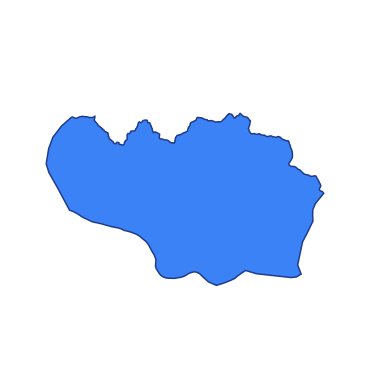 the district of Add, Houaphan, Laos, rotated 57°
{"feature_id": "54806243B77566454903685", "entity_name": "Add", "entity_type": "district", "adm_level": 2, "iso_a3": "LAO", "parent_name": "Laos", "parent_adm1": "Houaphan", "projection": "albers", "projection_center": [103.803, 20.731], "detail": "fine", "context": "isolated", "style": "filled", "palette": "blue", "viewbox_px": 384, "rotation_deg": 57, "n_neighbors": 0, "source": "geoboundaries", "source_scale": "gbopen_adm2", "svg_char_len": 5919}
<svg xmlns="http://www.w3.org/2000/svg" viewBox="0 0 384 384"><g transform="rotate(57 192 192)"><path d="M264.8,82.2L263.6,82.3L262.5,82.5L261.9,83.1L261.2,83.6L260.4,83.9L259.5,83.9L258.9,83.6L258.3,82.8L257.8,81.8L256.9,80.6L256.0,80.3L254.6,80.1L253.5,80.1L252.1,79.8L251.2,79.7L248.0,79.6L247.4,79.4L246.8,79.4L246.2,79.4L245.5,79.9L245.1,80.6L244.6,82.0L244.1,83.0L243.5,83.8L242.1,84.7L241.3,85.0L240.2,86.3L239.0,87.3L238.4,87.8L237.7,88.3L236.3,88.6L233.3,89.3L232.2,89.5L230.9,90.5L227.8,91.4L226.5,92.2L225.6,93.3L224.7,94.7L223.8,95.3L222.4,95.8L221.8,95.8L220.9,95.5L220.5,94.8L220.5,94.2L219.5,92.1L218.7,90.8L217.8,89.1L216.4,88.1L214.9,87.1L213.3,86.2L211.8,85.7L209.7,85.2L208.6,85.2L207.6,84.8L206.5,84.3L203.9,83.9L203.1,83.5L202.3,83.3L201.7,83.3L201.1,83.8L200.8,84.6L199.7,85.5L198.5,86.2L197.2,87.5L196.2,87.6L195.0,88.0L194.0,88.2L193.0,88.9L192.3,89.8L192.2,90.6L192.1,91.2L191.1,92.7L189.2,94.4L188.2,94.9L187.8,95.5L186.4,98.9L185.7,99.5L184.5,99.9L183.9,100.2L183.5,100.6L183.3,101.3L182.6,101.9L182.1,102.4L181.6,103.0L180.7,103.3L180.1,103.6L179.4,104.4L179.3,105.7L178.9,106.3L176.8,108.1L176.5,108.8L176.3,109.4L175.4,110.4L175.1,110.8L172.8,110.8L171.6,110.7L170.8,110.3L170.4,110.2L169.7,110.2L169.2,109.6L167.9,108.3L167.4,107.4L166.8,106.7L166.0,106.1L165.0,105.3L164.2,104.3L163.7,104.3L162.9,104.7L160.6,104.7L159.3,105.1L157.7,106.7L157.1,107.2L156.0,107.9L154.8,108.3L154.5,108.3L153.1,108.5L152.6,108.6L152.3,108.9L152.3,109.3L153.3,111.4L153.3,111.7L152.7,112.8L152.6,113.3L152.8,114.0L153.4,115.5L153.2,116.0L152.7,116.2L151.9,116.3L149.4,116.3L148.7,116.4L148.2,116.7L147.7,117.2L146.6,118.0L146.5,118.5L146.6,118.8L146.8,119.0L146.7,119.9L146.7,120.4L147.7,123.1L148.2,124.7L148.2,126.3L148.7,127.7L148.8,128.7L148.9,129.4L148.4,130.3L147.2,132.0L146.6,133.5L146.0,134.3L143.5,136.1L142.8,136.6L142.4,137.2L142.1,138.0L141.8,138.4L141.2,139.6L140.8,139.9L140.0,139.9L139.6,140.0L139.0,140.7L137.9,141.9L136.6,142.5L135.0,143.6L134.5,144.4L133.8,145.1L133.3,145.9L132.8,146.2L132.6,146.6L132.5,147.2L132.7,147.9L133.6,148.9L133.9,149.5L133.7,151.2L133.8,152.3L133.4,153.2L133.2,154.9L133.6,156.0L133.9,156.6L134.9,157.0L135.1,157.4L135.5,158.6L135.7,159.4L136.4,160.4L137.2,161.3L138.2,162.5L138.5,163.2L138.5,163.9L138.2,164.7L138.1,166.2L137.7,167.3L137.7,170.3L137.3,171.3L137.0,171.8L137.0,172.5L136.6,173.3L136.5,173.8L137.0,175.1L137.5,176.2L138.5,177.1L139.4,178.2L140.6,179.1L141.3,180.2L141.3,180.6L140.7,180.9L139.8,181.8L139.6,182.2L139.4,182.8L138.9,183.1L136.9,183.6L135.4,184.2L134.3,185.3L133.3,186.9L132.7,187.2L131.8,187.7L131.3,188.2L130.2,189.6L129.8,189.9L129.5,190.0L128.7,189.9L127.6,189.1L126.6,188.3L126.3,187.9L126.0,187.8L125.5,187.8L123.6,188.8L123.2,189.0L122.8,189.3L122.4,189.7L121.7,190.0L121.4,190.5L121.4,191.8L121.3,192.0L120.6,192.0L119.5,191.8L118.5,191.4L117.8,191.3L117.4,191.1L117.1,190.8L116.0,190.8L115.6,190.7L114.8,190.4L113.1,190.2L111.5,189.8L111.1,189.8L110.6,190.1L109.8,191.2L109.2,191.2L108.2,190.7L107.2,190.7L106.8,191.2L105.9,192.7L105.6,193.6L105.5,194.5L106.1,196.1L106.2,196.6L106.1,197.1L104.6,197.9L104.5,198.1L104.5,198.5L104.9,199.3L105.4,200.1L106.9,201.5L107.5,202.8L108.1,203.5L108.5,205.0L109.1,205.6L109.5,206.2L109.5,206.8L109.2,207.6L108.5,208.4L108.2,209.1L107.9,209.6L107.7,210.0L107.8,210.3L107.9,210.7L108.0,210.8L108.3,210.9L108.5,210.9L108.6,211.7L109.0,212.5L108.8,213.0L108.4,213.5L108.2,213.7L108.2,214.1L108.2,214.5L108.5,214.9L109.2,215.7L110.1,216.1L110.5,216.5L111.0,216.8L111.6,217.1L112.2,217.4L112.4,217.7L112.6,218.0L112.7,218.5L112.7,219.0L112.7,220.1L113.3,220.8L113.4,221.3L113.6,221.6L113.9,221.9L114.5,222.4L115.0,223.1L115.1,223.7L115.0,224.5L114.9,224.6L114.5,224.9L112.0,227.2L111.9,227.2L111.0,226.4L110.8,226.5L110.0,227.1L109.4,228.1L109.7,228.9L109.9,229.6L109.8,229.9L109.7,230.1L109.6,230.3L109.3,230.5L108.4,231.0L108.1,231.0L107.5,231.0L106.9,230.8L106.6,230.8L106.1,231.0L105.1,231.5L103.8,231.7L103.5,231.8L102.6,232.4L102.3,232.4L101.9,232.3L101.5,232.1L100.9,231.7L100.6,231.7L99.8,231.9L99.2,231.5L98.9,231.3L98.6,231.0L98.4,230.9L97.3,230.7L96.5,230.4L96.4,230.4L96.2,230.8L96.0,231.0L95.4,231.1L95.2,231.2L95.0,231.3L94.8,231.6L94.7,231.7L94.3,231.6L94.1,231.7L93.9,232.1L93.6,232.2L93.3,232.3L92.7,232.3L92.1,232.2L91.8,232.4L90.7,232.7L90.1,232.6L89.9,232.7L89.7,233.1L89.2,233.0L88.9,233.0L88.4,233.2L87.3,233.7L86.4,233.8L86.2,233.9L85.7,234.3L85.4,234.5L85.2,234.6L84.8,234.5L83.8,234.2L82.9,234.5L82.2,234.4L81.2,234.7L80.0,234.7L79.2,235.0L78.8,235.0L78.5,234.8L78.1,234.5L76.4,232.7L75.6,232.3L75.6,232.8L75.4,234.6L75.2,235.2L74.8,235.7L74.1,236.8L73.8,237.4L73.3,237.7L72.3,238.5L71.0,240.1L70.3,241.1L68.9,242.6L68.5,243.6L68.0,244.8L67.6,245.8L67.5,247.5L67.2,248.7L66.7,249.4L65.4,250.6L64.6,250.9L64.0,251.4L63.7,252.5L65.6,265.4L70.3,278.8L77.5,288.5L88.9,298.9L97.7,301.4L115.7,302.5L140.6,304.6L143.2,302.6L146.6,300.6L149.0,299.4L152.5,298.0L154.5,296.9L157.6,294.9L160.8,293.1L162.8,291.7L164.8,289.8L166.6,287.9L169.3,285.3L172.4,282.6L173.4,281.8L178.2,277.4L182.4,273.0L183.7,272.0L185.0,271.1L186.5,270.3L187.6,269.5L189.2,267.9L191.1,266.2L192.5,265.0L196.0,262.4L197.2,261.7L198.9,260.7L200.0,260.2L205.7,258.4L208.8,257.5L213.0,257.2L217.8,257.7L220.8,257.9L222.5,257.9L224.2,258.0L227.3,258.6L228.7,259.1L229.8,259.5L231.9,261.2L233.3,262.3L234.8,263.2L236.2,263.6L237.9,263.8L242.5,263.8L244.6,263.6L246.0,263.2L248.2,262.0L249.9,260.5L251.1,259.2L254.0,255.1L255.2,253.1L257.3,248.1L258.1,245.6L258.4,244.1L258.6,241.6L258.5,239.7L258.9,237.4L259.8,234.4L260.6,233.1L261.5,232.0L264.5,230.1L268.2,229.3L272.0,228.3L276.2,227.2L280.7,224.3L283.6,222.4L285.6,215.3L287.1,208.2L287.8,202.9L287.3,199.9L287.0,194.7L287.0,189.8L295.6,182.5L317.7,155.5L320.1,150.7L320.3,145.2L316.2,144.3L310.8,143.2L294.0,126.4L289.4,118.2L282.3,106.4L277.5,103.7L272.5,100.2L268.8,94.6L264.8,82.2Z" fill="#3b82f6" stroke="#1e3a8a" stroke-width="1.5"/></g></svg>